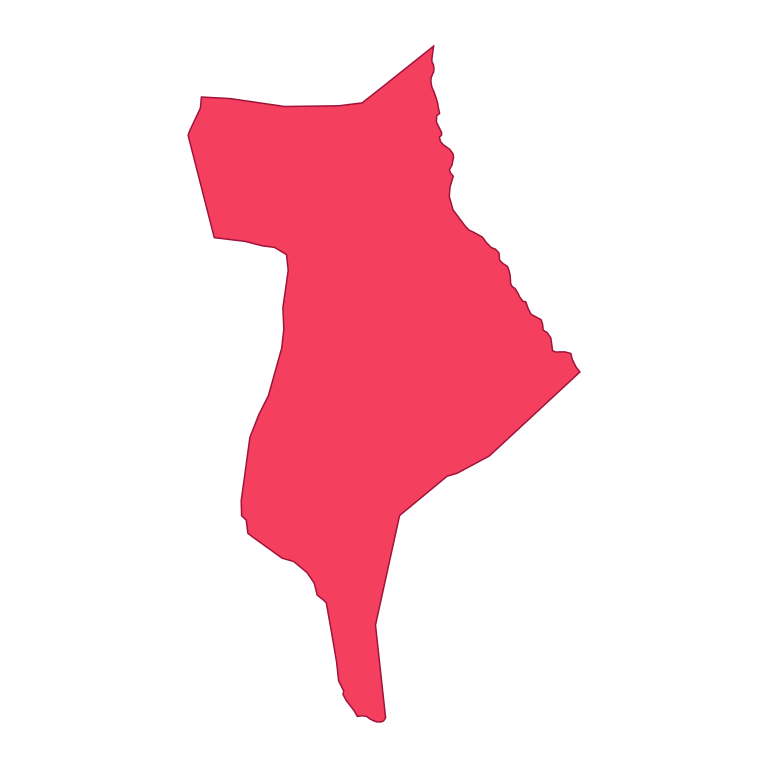 Bossembélé, Ombella-M'Poko, Central African Republic (Equal Earth projection)
{"feature_id": "33826404B7214769303301", "entity_name": "Bossembélé", "entity_type": "district", "adm_level": 2, "iso_a3": "CAF", "parent_name": "Central African Republic", "parent_adm1": "Ombella-M'Poko", "projection": "equal_earth", "projection_center": [17.729, 5.164], "detail": "fine", "context": "isolated", "style": "filled", "palette": "rose", "viewbox_px": 768, "rotation_deg": 0, "n_neighbors": 0, "source": "geoboundaries", "source_scale": "gbopen_adm2", "svg_char_len": 1665}
<svg xmlns="http://www.w3.org/2000/svg" viewBox="0 0 768 768"><path d="M385.6,717.8L375.5,625.1L399.6,515.5L447.0,476.3L457.4,473.1L489.4,455.9L579.9,372.0L575.9,366.8L572.2,359.2L570.8,353.4L564.9,351.9L559.5,351.9L556.0,352.1L552.6,350.7L551.5,342.6L550.8,337.8L547.1,332.6L543.2,330.1L542.6,324.3L541.2,319.8L537.4,317.7L531.2,314.4L528.4,309.2L525.7,301.7L522.9,301.3L519.5,296.7L518.3,293.8L515.2,288.6L512.4,286.8L510.7,283.9L510.2,275.8L509.2,271.2L507.6,266.6L502.7,263.3L499.6,260.2L499.0,253.0L495.5,249.2L491.0,247.4L485.9,242.0L482.5,237.2L473.9,232.4L469.0,230.1L465.1,226.0L453.0,209.8L449.3,196.5L450.0,187.2L453.3,176.2L450.6,173.1L449.4,169.8L452.0,165.0L453.6,156.9L452.9,153.6L449.7,149.3L446.5,147.0L443.2,144.7L440.5,141.6L439.4,137.2L441.6,135.1L441.6,132.5L439.2,127.7L436.3,121.7L436.6,118.6L436.6,115.9L439.6,113.4L438.2,106.9L437.7,103.4L436.3,98.4L433.9,91.6L431.9,87.2L430.9,81.9L431.1,77.9L432.8,73.6L433.7,71.9L433.9,67.8L433.4,64.6L431.9,61.7L431.9,58.8L433.6,46.1L382.7,86.7L362.1,102.9L338.5,105.8L284.6,106.5L230.2,98.6L201.4,97.0L200.4,108.1L190.0,130.1L188.1,135.3L214.3,237.7L244.6,241.3L262.2,245.8L274.5,247.4L286.5,254.6L288.2,270.4L282.9,307.7L283.8,329.4L281.7,348.2L268.4,395.6L258.8,414.7L249.9,437.4L244.1,479.9L241.2,500.6L241.6,515.8L246.2,520.0L247.1,527.2L247.9,533.3L252.1,536.6L282.1,558.2L293.7,561.5L307.1,572.7L314.3,583.3L317.2,595.1L322.5,599.3L326.3,602.8L331.7,633.3L336.6,662.1L338.6,680.8L343.7,691.0L343.0,694.5L346.4,700.7L354.1,710.7L357.4,716.5L361.9,715.7L366.7,716.5L369.8,718.8L373.3,720.7L376.9,721.9L381.3,721.9L383.6,720.9L385.6,717.8Z" fill="#f43f5e" stroke="#9f1239" stroke-width="1.5"/></svg>